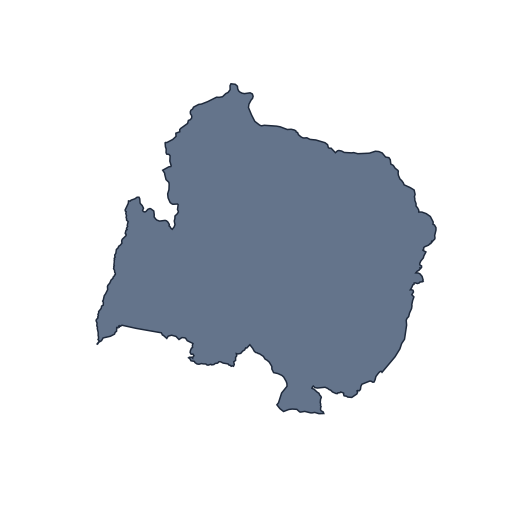 outline of Siriu, Buzau, Romania, rotated 341°
{"feature_id": "2599482B22282799784741", "entity_name": "Siriu", "entity_type": "district", "adm_level": 2, "iso_a3": "ROU", "parent_name": "Romania", "parent_adm1": "Buzau", "projection": "equal_earth", "projection_center": [26.23, 45.534], "detail": "fine", "context": "isolated", "style": "filled", "palette": "slate", "viewbox_px": 512, "rotation_deg": 341, "n_neighbors": 0, "source": "geoboundaries", "source_scale": "gbopen_adm2", "svg_char_len": 6102}
<svg xmlns="http://www.w3.org/2000/svg" viewBox="0 0 512 512"><g transform="rotate(341 256 256)"><path d="M406.2,333.2L406.4,329.3L405.2,326.2L403.8,324.9L401.6,324.0L403.6,322.8L405.5,322.6L405.9,322.0L407.1,321.7L407.2,320.7L408.0,321.2L408.9,320.6L409.3,319.3L408.1,317.9L408.1,316.9L408.7,316.0L410.2,314.4L413.6,312.3L414.8,310.5L418.0,307.5L415.8,305.1L416.4,304.6L416.3,304.2L416.8,304.1L417.3,302.7L418.4,302.2L422.7,301.9L424.8,300.9L425.1,301.2L426.6,300.3L426.4,300.2L426.9,299.2L428.0,299.4L430.6,298.1L431.1,297.2L431.6,294.8L434.6,290.1L435.4,287.8L434.8,284.7L433.7,283.7L434.6,281.5L433.7,275.4L430.8,271.4L427.2,268.5L424.2,267.4L424.8,265.7L424.4,263.0L423.6,260.9L424.4,258.5L424.3,254.9L424.8,253.7L425.1,251.5L426.5,249.5L427.0,245.1L424.4,241.9L419.2,236.9L419.1,234.8L418.3,232.1L417.2,230.1L416.9,226.2L417.3,224.1L418.1,222.3L418.1,221.4L416.1,218.2L415.3,215.1L413.4,212.9L414.3,208.7L413.7,206.3L410.7,204.6L408.9,199.7L406.1,197.2L403.0,195.8L396.7,195.7L385.5,192.4L382.0,190.0L379.9,189.6L373.1,186.8L371.2,184.7L368.7,183.2L367.2,183.1L364.7,184.2L362.1,178.5L360.5,178.0L359.7,177.1L359.9,174.0L358.1,171.3L350.4,165.8L345.0,163.3L342.6,160.8L339.6,160.0L338.4,159.2L337.4,158.1L335.6,155.1L335.5,152.8L334.4,151.8L334.4,150.6L333.2,149.3L330.5,147.6L326.8,146.6L320.9,141.7L317.7,139.9L306.4,135.1L303.5,134.7L302.1,133.5L298.7,128.3L297.7,121.2L297.2,113.2L298.7,110.2L302.1,107.0L304.0,105.9L305.3,104.0L305.3,101.6L303.6,99.8L297.9,98.7L295.8,97.5L294.1,95.7L293.4,94.4L293.1,92.2L293.7,89.4L292.3,86.9L288.4,85.0L286.9,86.5L285.7,90.3L282.8,92.3L280.3,92.6L276.2,94.5L272.8,94.0L270.4,93.0L260.7,94.3L253.7,94.6L251.2,94.0L245.4,94.9L243.9,96.4L241.9,97.0L240.8,98.3L240.3,100.2L240.8,101.8L240.7,103.2L239.9,104.8L238.0,105.8L236.2,105.8L234.5,108.4L226.2,110.9L225.0,111.7L224.4,113.7L220.2,113.8L219.3,116.9L215.2,118.7L208.6,119.7L207.4,119.2L206.9,119.4L205.9,123.3L205.9,125.6L204.6,129.0L204.7,130.6L206.8,131.6L207.4,133.3L205.4,138.3L205.2,143.0L204.6,143.7L202.6,143.3L195.7,144.5L196.6,148.0L196.3,148.9L195.8,154.5L197.6,158.0L197.2,160.0L195.3,164.9L192.7,168.5L191.8,172.4L192.2,177.4L193.1,178.9L194.2,180.0L198.7,181.3L199.1,182.1L196.9,186.5L197.1,188.2L196.8,189.2L195.4,190.4L192.4,191.8L191.5,194.2L190.1,196.3L189.6,200.0L188.1,201.8L185.5,203.5L184.6,202.1L184.2,200.0L183.6,199.3L184.3,197.9L183.6,194.8L182.6,193.4L181.6,192.7L176.2,191.6L174.0,189.8L173.3,188.6L172.4,185.9L173.2,183.9L174.0,180.2L171.9,177.1L171.2,176.6L169.1,176.6L166.4,178.1L165.2,178.2L164.0,177.3L163.6,176.0L165.2,174.2L164.8,171.2L163.7,168.7L163.7,167.9L164.7,164.1L164.5,162.3L162.7,161.7L160.0,162.5L156.1,162.5L155.0,163.1L153.4,162.4L152.4,164.6L147.2,169.9L147.1,171.1L147.7,171.8L146.7,173.5L146.7,175.7L145.7,177.3L145.8,178.6L145.3,179.9L146.3,181.8L144.2,185.1L144.3,186.2L142.7,187.5L142.4,188.2L142.7,189.1L141.4,189.4L139.7,192.0L139.8,192.8L140.3,193.1L139.8,194.4L134.9,196.7L133.9,198.0L133.4,200.2L131.2,201.6L129.3,202.1L128.4,203.3L126.1,204.4L124.3,207.9L122.8,209.0L122.4,210.3L122.5,211.2L121.2,212.0L121.2,213.2L120.6,213.6L120.2,215.2L118.7,218.3L118.9,218.9L118.1,219.6L118.1,220.2L117.2,221.6L117.6,223.4L117.1,225.4L117.4,226.4L116.9,227.8L116.0,228.0L115.5,228.8L114.0,229.5L113.5,230.5L111.2,231.5L108.9,234.0L106.4,235.5L105.6,236.5L104.8,239.5L101.3,242.9L99.6,244.1L97.1,248.2L96.3,248.7L96.6,250.1L95.6,252.7L93.7,253.1L92.6,255.1L89.1,257.3L88.8,258.5L87.5,259.8L87.6,260.9L86.5,262.1L86.5,263.0L84.3,264.2L83.7,265.2L83.9,267.6L82.7,270.3L83.0,271.5L82.3,273.0L81.9,276.9L80.8,280.0L80.8,281.1L80.2,282.8L79.4,283.6L80.2,285.4L76.6,287.8L77.7,287.6L79.2,286.4L82.3,285.8L84.8,283.7L92.2,284.5L96.8,283.8L97.9,282.4L99.7,281.7L101.0,278.3L102.1,279.0L103.2,277.7L103.7,278.6L104.5,277.6L105.1,278.3L106.7,277.8L119.1,285.4L141.5,297.8L141.8,300.3L142.4,300.6L144.8,304.9L146.9,303.2L150.4,303.4L154.2,306.0L156.0,309.9L159.4,309.0L161.9,310.1L162.7,310.9L163.4,313.7L167.9,318.2L166.7,319.9L166.2,321.9L165.0,322.1L163.1,324.2L162.3,325.7L162.7,327.8L164.4,328.2L164.9,330.1L163.3,331.1L162.9,331.9L162.4,330.8L160.0,330.0L159.1,330.3L160.0,331.5L160.4,333.9L163.4,335.6L163.6,336.9L165.1,338.9L166.9,339.8L169.3,339.9L171.3,341.0L173.4,341.7L173.9,342.8L175.1,343.6L178.1,343.7L178.6,344.5L180.8,344.9L182.4,344.3L184.8,344.8L186.6,343.9L188.1,344.5L190.0,346.5L194.4,348.9L194.9,350.3L196.3,351.2L196.6,352.2L198.2,352.3L198.8,352.9L200.1,351.6L200.5,348.8L202.7,348.1L203.7,345.2L205.3,344.1L205.6,341.8L206.9,342.7L209.9,343.1L212.4,341.6L214.7,341.1L216.3,339.5L217.3,340.0L221.3,337.9L222.8,342.2L223.4,345.7L224.5,347.3L225.6,347.9L226.4,349.0L227.4,349.5L230.3,353.3L231.0,356.4L232.5,358.1L234.0,360.7L235.0,365.6L234.2,368.1L234.7,372.0L238.3,374.2L241.6,377.3L242.8,379.5L243.7,384.4L243.7,386.7L242.9,389.3L235.6,393.9L229.5,402.1L227.3,403.5L228.9,408.1L231.4,412.0L237.1,411.8L240.4,412.5L244.7,414.3L246.5,417.6L247.3,418.1L251.5,418.8L256.4,422.0L257.9,422.6L260.6,423.0L264.2,425.6L268.8,427.0L268.8,425.4L267.1,423.4L267.0,422.3L267.8,420.3L268.5,419.7L268.3,418.4L269.0,417.0L269.0,415.5L270.4,412.5L271.7,411.0L271.7,409.9L271.0,408.3L270.8,406.2L269.6,404.8L267.6,401.0L265.8,399.3L266.5,398.4L267.8,397.6L268.8,399.5L271.0,400.8L278.6,402.6L280.8,404.7L281.7,406.2L282.9,407.1L284.0,409.4L286.9,412.1L288.2,412.6L289.0,412.0L290.8,412.6L291.6,412.1L292.6,412.7L294.2,414.2L293.7,415.8L293.8,416.9L296.0,418.1L296.7,419.2L300.5,420.9L306.4,419.3L307.6,418.0L307.6,416.4L308.6,416.3L309.4,417.1L310.7,416.6L311.4,416.0L312.7,413.4L314.4,411.7L322.9,411.3L324.0,411.8L325.4,413.4L326.6,413.6L328.3,411.8L330.1,409.0L333.5,406.7L335.2,405.8L336.6,405.7L337.0,406.0L337.3,407.0L354.6,396.6L361.8,390.7L365.2,386.2L369.3,383.1L375.9,370.4L377.1,365.7L378.5,364.1L380.6,363.0L382.6,359.9L386.0,356.3L387.3,353.8L387.3,353.0L389.6,349.1L392.0,346.1L390.7,343.3L393.2,341.3L393.3,339.6L392.2,338.6L390.9,338.2L393.2,336.3L394.8,334.4L396.2,334.2L396.6,333.1L397.7,333.2L399.7,334.6L401.7,334.6L402.5,334.0L405.3,334.6L405.7,334.4L405.3,333.9L406.2,333.2Z" fill="#64748b" stroke="#1e293b" stroke-width="1.5"/></g></svg>